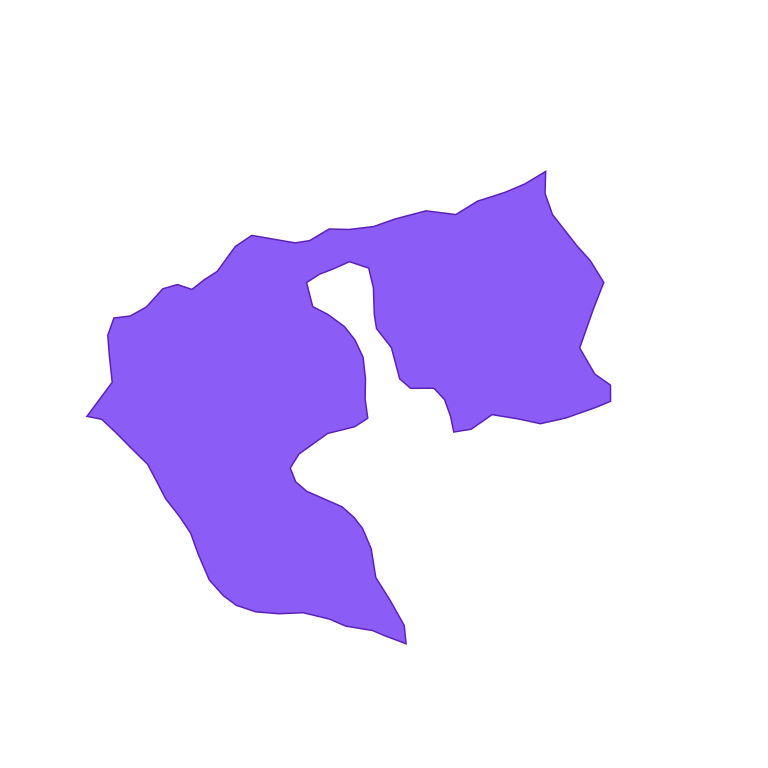 Karavas, Cyprus, rotated 322°
{"feature_id": "46923920B26333175037014", "entity_name": "Karavas", "entity_type": "district", "adm_level": 2, "iso_a3": "CYP", "parent_name": "Cyprus", "parent_adm1": "", "projection": "mercator", "projection_center": [33.214, 35.337], "detail": "fine", "context": "isolated", "style": "filled", "palette": "violet", "viewbox_px": 768, "rotation_deg": 322, "n_neighbors": 0, "source": "geoboundaries", "source_scale": "gbopen_adm2", "svg_char_len": 1395}
<svg xmlns="http://www.w3.org/2000/svg" viewBox="0 0 768 768"><g transform="rotate(322 384 384)"><path d="M241.5,602.3L251.3,586.7L255.6,558.4L258.4,531.4L272.5,505.9L278.2,484.6L278.2,470.5L275.3,454.9L266.9,439.3L257.0,420.9L254.2,406.7L258.4,392.5L273.9,386.8L309.2,388.3L334.6,399.6L350.1,401.0L360.0,384.0L372.7,368.4L384.0,350.0L388.2,331.5L388.2,314.5L382.6,294.7L375.5,279.1L385.4,256.4L400.9,257.8L415.0,262.1L432.0,266.3L443.3,283.3L434.8,301.8L419.3,323.0L412.2,335.8L412.2,359.9L399.5,389.7L402.3,403.8L420.7,418.0L422.1,433.6L416.5,450.6L409.4,464.8L424.9,473.3L450.3,474.7L468.7,494.6L482.8,511.6L506.8,522.9L536.4,532.8L551.9,537.1L561.8,524.3L556.2,505.9L560.4,476.1L580.2,463.4L595.7,453.5L619.7,439.3L622.5,413.8L621.1,393.9L621.1,354.2L628.2,333.0L642.3,316.0L618.3,313.1L597.1,307.4L570.3,297.5L544.9,294.7L523.7,273.4L494.1,260.7L472.9,253.6L451.7,240.8L436.2,228.1L413.6,225.2L400.9,218.1L385.4,201.1L371.3,185.5L351.5,184.1L321.9,192.6L306.4,191.2L290.9,191.2L282.4,178.4L268.3,172.8L244.3,177.0L225.9,174.2L211.8,165.7L196.3,175.6L185.0,192.6L170.9,215.3L130.0,226.6L139.8,238.0L142.7,256.4L145.5,280.5L148.3,301.8L145.5,317.4L141.3,340.1L141.3,362.7L139.8,382.6L132.8,403.8L125.7,430.8L127.1,452.0L131.4,467.6L142.7,484.6L159.6,500.2L179.4,514.4L196.3,535.7L204.8,551.3L223.1,571.1L230.2,583.9L241.5,602.3Z" fill="#8b5cf6" stroke="#5b21b6" stroke-width="1.5"/></g></svg>